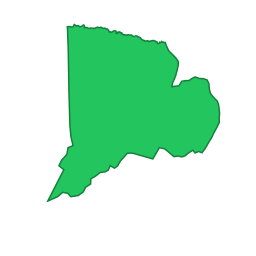 Lac Iro, Moyen-Chari, Chad, rotated 196°
{"feature_id": "50815135B94662216566844", "entity_name": "Lac Iro", "entity_type": "district", "adm_level": 2, "iso_a3": "TCD", "parent_name": "Chad", "parent_adm1": "Moyen-Chari", "projection": "robinson", "projection_center": [19.344, 9.791], "detail": "fine", "context": "isolated", "style": "filled", "palette": "green", "viewbox_px": 256, "rotation_deg": 196, "n_neighbors": 0, "source": "geoboundaries", "source_scale": "gbopen_adm2", "svg_char_len": 3403}
<svg xmlns="http://www.w3.org/2000/svg" viewBox="0 0 256 256"><g transform="rotate(196 128 128)"><path d="M75.9,113.1L72.3,114.8L68.2,115.1L65.5,116.9L62.9,120.8L59.5,124.5L56.6,122.5L53.7,124.9L50.0,124.6L48.5,128.6L47.5,132.1L46.2,137.6L45.0,141.5L44.3,145.9L42.9,152.3L41.7,158.7L43.0,162.1L43.9,167.0L45.4,170.8L47.1,174.8L49.5,178.4L52.9,180.3L55.6,182.0L58.2,183.9L60.5,187.8L62.5,193.0L65.2,196.0L69.3,196.2L72.8,195.3L77.6,195.6L80.3,193.1L82.5,190.4L85.3,189.5L89.2,187.8L90.7,182.6L94.0,181.2L97.2,179.9L97.6,183.6L96.9,188.4L96.6,191.9L96.7,197.0L97.0,202.2L98.0,205.8L101.6,208.7L105.6,211.0L110.1,213.4L114.1,218.0L115.7,220.4L115.8,220.3L116.0,220.2L116.3,220.1L117.8,220.4L118.6,220.0L119.0,220.1L119.4,220.3L119.4,220.2L119.7,219.8L120.2,219.2L120.5,219.2L121.1,219.3L121.3,218.0L122.8,217.4L123.2,217.5L123.6,218.4L123.7,218.6L124.1,218.8L125.8,219.0L126.1,219.1L126.3,219.0L126.8,219.1L127.2,219.3L127.4,219.1L127.8,218.9L128.2,218.9L128.3,218.8L128.8,218.7L129.4,218.2L129.6,218.1L129.9,218.0L130.5,217.9L131.1,217.2L131.3,216.9L131.6,216.9L131.8,216.9L132.6,217.3L133.0,217.3L133.7,217.0L135.7,216.1L135.8,216.2L136.1,216.6L136.4,216.6L137.5,216.4L138.0,216.8L139.2,216.8L139.4,216.9L139.6,217.0L140.1,217.4L140.3,217.7L140.7,218.0L141.0,218.2L141.2,218.3L141.3,218.3L141.5,218.4L142.3,218.4L143.0,218.4L143.5,218.6L144.3,218.9L144.5,218.9L145.0,218.9L145.4,218.7L146.0,218.6L147.9,217.4L149.6,218.0L149.9,218.2L150.7,218.3L152.1,217.7L153.1,217.8L153.3,217.8L153.8,217.7L154.1,217.2L154.4,216.8L155.7,216.9L156.4,216.6L157.1,216.8L157.4,216.8L157.5,216.8L157.6,216.7L158.2,216.2L158.3,216.3L158.5,216.4L159.3,216.8L159.5,216.9L160.2,216.8L160.3,217.7L161.4,217.7L161.8,217.7L162.3,218.1L162.7,218.0L163.1,217.6L163.3,217.4L163.5,217.7L163.8,217.7L164.2,217.3L164.3,216.1L164.5,215.9L165.1,215.8L165.6,216.0L165.9,217.0L166.0,217.5L166.2,217.8L166.6,217.8L166.8,217.9L167.4,217.8L168.1,217.6L168.5,217.3L168.8,217.1L170.0,215.7L170.5,215.5L171.5,215.6L171.7,215.4L171.9,215.2L172.4,215.1L172.7,215.4L172.8,215.5L173.2,216.2L173.7,216.6L174.0,216.8L174.9,217.5L176.1,217.3L177.9,217.6L179.1,217.1L179.5,217.0L180.3,217.0L180.7,217.0L180.8,217.1L181.2,217.3L181.5,217.4L182.0,217.4L183.2,216.4L185.1,216.6L185.3,216.4L185.8,216.0L186.9,215.1L187.1,214.6L188.3,214.6L189.3,214.1L191.0,214.0L191.3,213.9L192.2,213.2L192.3,213.1L193.0,213.0L194.0,213.0L194.9,213.3L195.5,213.2L196.4,213.0L197.4,212.3L197.9,213.7L198.0,214.0L198.4,214.6L198.7,214.7L199.4,214.7L199.6,214.3L200.1,213.5L200.4,213.2L200.9,212.8L201.7,212.3L202.4,212.1L202.5,212.2L203.1,212.4L203.4,212.4L203.6,212.4L203.7,212.6L203.9,212.7L204.7,212.6L205.8,211.8L206.2,212.0L207.3,212.4L208.1,212.7L208.4,211.9L208.6,210.6L208.9,210.0L209.3,209.7L209.5,209.6L210.2,209.5L211.2,209.5L213.5,209.1L214.0,208.7L214.3,208.4L214.1,207.9L213.9,207.7L213.7,207.2L207.6,188.6L198.5,158.9L194.4,145.4L184.4,114.0L180.4,103.8L176.0,95.9L180.2,92.5L179.5,85.6L179.8,85.1L182.9,79.0L184.0,72.7L178.2,70.2L185.0,35.6L184.8,35.7L184.5,36.0L183.9,36.5L183.0,37.3L176.6,42.7L175.9,43.7L173.0,48.2L167.8,48.6L164.0,46.2L157.3,49.3L153.3,54.4L152.4,59.4L148.5,63.8L149.7,69.0L146.2,72.4L142.4,77.7L138.0,79.5L135.5,81.9L135.4,82.0L134.7,86.8L129.9,85.7L129.5,86.2L127.5,88.7L126.3,94.0L121.7,103.5L121.2,103.7L117.0,105.1L95.6,105.1L92.4,117.7L92.4,117.8L86.6,118.0L75.9,113.1Z" fill="#22c55e" stroke="#15803d" stroke-width="1.5"/></g></svg>